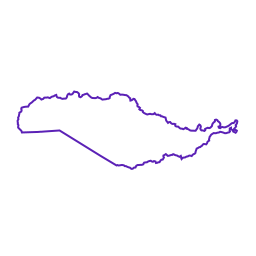 the district of Capitão Enéas, Minas Gerais, Brazil, rotated 85°
{"feature_id": "56859067B59959312569649", "entity_name": "Capitão Enéas", "entity_type": "district", "adm_level": 2, "iso_a3": "BRA", "parent_name": "Brazil", "parent_adm1": "Minas Gerais", "projection": "natural_earth1", "projection_center": [-43.667, -16.099], "detail": "fine", "context": "isolated", "style": "outline", "palette": "violet", "viewbox_px": 256, "rotation_deg": 85, "n_neighbors": 0, "source": "geoboundaries", "source_scale": "gbopen_adm2", "svg_char_len": 4625}
<svg xmlns="http://www.w3.org/2000/svg" viewBox="0 0 256 256"><g transform="rotate(85 128 128)"><path d="M140.1,19.8L139.4,20.8L139.1,22.4L138.1,22.4L137.3,21.5L136.4,20.6L135.6,20.1L134.5,20.5L133.7,19.7L132.9,19.1L131.9,18.8L130.8,18.5L129.9,19.1L129.8,20.3L131.2,21.1L132.3,22.4L132.2,23.8L132.7,24.8L133.4,25.8L134.0,26.7L134.6,27.7L135.1,29.0L135.5,30.2L135.8,31.2L135.7,32.6L135.1,34.2L135.5,35.1L136.2,36.2L135.6,37.5L134.5,37.7L134.2,36.3L133.0,35.7L131.7,35.7L130.8,36.1L129.7,37.0L129.0,37.9L128.0,38.3L127.3,39.5L127.6,40.7L129.1,40.9L129.8,42.0L130.5,42.8L131.5,43.6L132.6,44.0L133.5,44.3L134.3,45.3L134.9,46.0L135.2,47.2L134.7,48.5L135.1,49.8L135.7,51.3L137.0,51.3L137.6,52.2L136.9,53.7L136.8,55.0L135.9,55.8L134.8,56.0L133.9,55.6L132.7,55.3L131.5,55.8L130.8,56.7L131.6,57.5L132.4,58.3L133.5,58.6L134.5,59.1L135.5,60.0L136.6,60.9L136.5,62.2L136.3,63.6L136.2,64.8L135.9,66.2L135.1,67.2L134.3,68.3L133.9,69.6L133.1,69.5L132.7,70.6L133.5,71.8L134.0,73.1L133.4,74.1L133.2,75.5L132.7,76.4L132.0,77.0L131.0,77.9L130.8,79.4L130.3,80.5L129.2,80.8L128.3,80.5L127.8,81.9L127.9,83.0L127.5,84.0L126.8,84.8L125.8,85.4L125.7,86.6L126.4,87.7L125.3,88.4L123.9,89.3L122.4,89.5L120.9,89.7L120.4,90.9L120.0,91.9L119.4,92.9L119.2,94.1L118.2,94.6L118.1,95.8L117.3,96.8L117.4,98.1L116.7,99.4L115.5,100.1L116.4,101.4L116.4,102.5L116.3,103.5L115.8,104.8L116.0,106.4L116.2,107.7L115.7,108.7L115.1,109.7L114.4,110.8L113.4,111.8L112.4,111.7L111.6,112.6L111.2,114.2L110.3,115.1L109.0,114.3L108.1,115.2L107.3,116.6L106.3,116.7L105.2,116.3L104.4,116.8L103.3,117.4L102.2,117.6L101.1,118.3L99.7,119.0L99.4,120.1L100.2,121.0L100.7,122.1L100.9,123.2L99.9,123.3L98.6,123.2L97.6,124.4L96.6,124.9L95.9,125.8L95.2,126.6L94.9,128.2L94.5,129.6L94.2,131.1L94.2,132.8L93.2,133.7L92.2,135.1L92.4,136.4L91.9,137.8L92.7,139.3L93.3,141.0L93.7,142.5L94.6,143.0L95.5,143.5L96.5,143.6L97.1,144.7L97.1,146.2L97.4,147.5L97.4,148.5L97.4,149.8L97.5,150.9L97.0,151.8L96.1,152.6L95.5,154.3L94.5,155.6L95.2,156.6L95.4,158.0L95.2,159.4L95.0,160.8L94.6,161.7L93.8,162.6L92.9,163.4L92.1,164.2L91.2,164.8L90.1,165.8L90.5,167.2L90.6,168.2L91.0,169.2L91.2,170.4L92.1,170.9L92.8,171.8L93.2,172.8L92.5,173.9L91.4,174.0L90.0,173.7L88.8,174.4L87.7,175.7L87.5,177.2L87.0,178.4L87.9,179.2L89.1,180.2L89.7,181.2L89.6,182.8L88.6,183.6L89.2,184.9L90.4,185.7L92.1,186.3L93.1,187.1L93.3,188.1L93.1,189.1L93.3,190.5L92.8,191.9L92.0,192.8L91.9,194.1L91.6,195.3L90.9,196.1L90.1,196.4L88.8,196.6L89.2,198.1L89.9,199.3L90.0,200.2L90.2,201.2L90.7,202.1L91.4,203.2L91.0,204.2L90.5,205.2L90.6,206.5L90.5,207.8L90.5,208.8L91.6,209.9L92.1,211.8L91.1,212.6L90.1,214.0L89.7,215.8L90.6,216.8L91.3,217.5L91.9,218.2L92.3,219.2L93.1,220.3L93.8,221.1L94.4,222.0L94.9,223.0L95.6,224.0L96.9,224.9L98.0,225.6L97.9,227.0L97.9,228.5L98.0,229.7L98.2,230.8L98.5,232.2L99.7,232.7L100.9,232.4L102.3,232.9L102.8,233.9L103.3,234.9L104.4,235.0L105.4,235.4L106.7,235.7L108.2,236.6L109.7,236.4L111.0,237.3L112.4,237.4L113.5,237.2L114.4,237.5L115.6,236.9L116.5,237.2L118.0,237.4L119.0,236.6L120.2,235.6L121.1,234.8L121.9,234.3L123.2,234.1L124.1,217.9L124.1,215.1L124.2,213.9L124.2,212.0L124.5,196.4L136.0,181.0L151.7,160.0L153.2,158.0L164.3,142.7L164.0,141.7L164.5,140.8L164.5,139.7L164.4,138.7L164.3,137.2L164.8,135.4L165.7,134.5L165.8,133.4L166.6,132.1L167.2,130.9L167.7,129.5L169.0,128.2L169.0,126.9L168.5,126.2L167.9,125.3L168.0,124.0L166.3,123.0L165.7,121.5L165.8,120.1L165.8,118.9L165.9,117.4L165.5,115.9L164.6,115.5L163.9,114.9L163.8,113.6L163.8,112.1L163.2,111.1L162.8,109.7L162.6,108.2L163.4,107.2L163.8,106.1L163.2,105.0L163.8,103.5L165.3,103.2L165.2,101.9L164.8,100.8L164.8,99.6L163.9,98.9L163.2,98.4L162.5,97.5L162.5,96.2L161.6,95.5L160.5,94.8L159.6,95.2L158.5,95.1L158.0,93.8L157.3,92.6L158.3,91.6L159.2,90.9L159.2,89.8L158.9,88.4L158.6,87.1L158.6,86.0L158.0,85.3L158.4,84.4L159.0,83.6L159.4,82.6L159.7,81.5L160.5,80.5L161.2,79.1L160.4,77.8L161.5,77.5L162.8,77.6L163.6,77.3L162.6,76.3L162.3,75.1L162.3,73.7L161.6,72.3L161.5,70.9L161.0,70.0L160.8,69.1L161.1,67.9L161.5,67.0L160.6,66.2L159.8,65.1L159.5,63.9L158.7,63.0L157.4,62.7L156.1,62.1L154.5,61.4L153.9,59.8L153.3,58.7L153.3,57.7L152.7,57.0L152.1,55.8L151.0,54.9L150.5,53.9L150.8,52.6L151.1,51.5L150.1,50.6L148.7,50.0L148.1,49.2L147.6,48.2L146.3,48.3L145.2,47.8L144.0,47.5L143.2,46.7L142.4,46.2L141.7,45.4L141.0,44.1L140.5,43.0L140.8,41.8L140.8,40.6L140.5,39.6L140.4,37.8L139.8,36.6L140.2,35.2L140.8,33.6L141.6,32.0L141.7,30.6L141.3,29.1L141.1,27.5L140.3,26.7L139.3,27.0L138.3,26.7L137.3,26.7L136.8,25.4L138.1,25.5L139.0,24.2L139.9,23.8L140.8,23.4L141.4,22.3L142.1,21.2L141.1,20.2L140.1,19.8Z" fill="none" stroke="#5b21b6" stroke-width="2"/></g></svg>